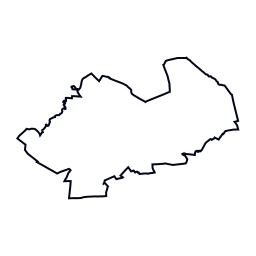 the district of Santau, Satu Mare, Romania, rotated 2°
{"feature_id": "2599482B85959767419228", "entity_name": "Santau", "entity_type": "district", "adm_level": 2, "iso_a3": "ROU", "parent_name": "Romania", "parent_adm1": "Satu Mare", "projection": "robinson", "projection_center": [22.467, 47.514], "detail": "fine", "context": "isolated", "style": "outline", "palette": "ink", "viewbox_px": 256, "rotation_deg": 2, "n_neighbors": 0, "source": "geoboundaries", "source_scale": "gbopen_adm2", "svg_char_len": 5493}
<svg xmlns="http://www.w3.org/2000/svg" viewBox="0 0 256 256"><g transform="rotate(2 128 128)"><path d="M77.4,199.9L77.5,200.0L81.3,199.8L83.9,199.5L84.9,199.0L86.7,198.6L90.1,198.1L96.5,197.6L96.9,197.5L100.9,197.5L101.8,197.3L103.9,197.3L108.6,196.8L108.4,193.1L109.0,190.7L109.8,187.5L110.0,187.1L106.8,183.7L105.6,184.5L105.6,184.4L105.9,184.2L106.0,184.0L106.6,181.2L116.0,176.7L118.1,179.5L124.1,177.9L124.6,177.5L122.2,175.8L124.9,172.5L129.6,167.2L131.0,169.1L131.6,169.8L132.4,171.1L132.7,171.3L132.9,171.2L134.1,170.7L135.0,170.3L135.3,170.5L135.6,170.8L136.3,171.8L136.7,172.2L137.3,171.7L138.5,171.3L138.8,171.3L139.0,171.5L139.3,172.2L139.6,172.3L139.9,172.2L140.3,172.1L141.1,173.6L142.3,173.4L144.3,173.1L147.2,172.8L148.6,172.8L149.1,173.0L149.6,173.0L150.5,172.7L151.0,172.5L152.1,172.4L156.2,171.6L155.9,170.7L155.3,169.8L154.8,169.0L154.5,168.4L154.4,168.2L154.1,167.5L154.0,166.8L153.8,165.8L153.8,165.3L153.8,164.3L153.7,163.5L155.2,163.4L158.1,163.2L165.4,162.4L165.6,162.3L166.1,162.1L174.3,163.4L174.5,163.3L185.3,161.7L187.0,161.3L187.3,160.8L187.7,159.8L187.9,159.1L188.2,158.0L188.3,157.3L188.0,156.5L186.4,154.3L186.0,153.8L186.0,153.6L184.5,153.1L183.3,152.4L183.2,152.1L183.6,151.9L184.3,151.5L185.3,151.4L185.7,151.5L186.0,151.6L186.0,151.9L189.5,152.1L195.7,152.6L195.7,152.3L195.9,150.9L195.9,150.2L196.0,149.8L196.2,149.3L196.6,148.8L197.0,148.7L197.3,148.7L197.4,148.9L197.6,148.9L197.8,148.8L198.0,148.4L198.5,148.4L198.6,148.7L198.5,149.1L198.5,149.3L198.8,149.3L198.8,148.9L199.0,148.8L199.4,148.7L199.7,148.7L199.9,148.9L200.0,148.9L200.0,148.4L200.4,148.2L201.0,148.2L201.3,148.3L201.5,148.5L202.6,147.2L205.2,142.0L205.7,140.9L206.3,140.0L206.5,139.8L210.3,136.5L210.7,136.3L211.1,136.2L211.3,136.2L211.6,136.4L212.1,136.9L214.2,135.6L214.7,134.9L214.9,134.5L219.0,136.4L219.8,135.0L222.9,130.4L223.5,130.7L225.4,127.7L229.4,126.7L231.4,126.4L231.5,126.3L233.0,126.0L235.1,125.8L238.2,125.7L236.9,121.4L234.3,118.1L237.8,117.1L232.7,99.3L231.8,95.7L230.7,91.1L230.1,90.9L229.8,90.7L223.1,82.2L222.0,82.1L221.0,81.9L220.0,81.6L217.8,81.6L217.5,81.5L216.4,80.4L216.3,80.0L216.3,79.2L216.2,79.0L216.0,78.9L215.6,78.7L215.2,78.5L213.6,76.4L213.4,76.2L211.4,75.2L210.3,74.8L210.0,74.6L209.8,74.4L209.5,73.8L208.9,73.5L208.5,73.4L207.8,73.7L207.2,73.7L206.7,73.5L206.3,72.7L205.9,72.2L205.3,71.8L204.5,71.8L204.2,71.7L203.6,71.4L201.4,69.5L200.3,68.8L197.5,66.5L195.7,65.1L194.2,64.0L193.6,63.6L192.2,62.3L190.2,60.8L188.1,58.8L187.7,58.4L185.3,57.0L184.8,56.6L184.0,55.7L183.3,56.0L175.1,56.3L174.8,56.4L166.4,58.6L165.1,59.0L163.4,59.7L161.4,64.1L161.2,64.1L165.7,74.7L166.9,79.1L167.8,81.9L168.4,88.4L168.5,90.4L166.8,91.1L161.7,93.5L156.9,95.6L146.8,100.1L144.9,101.0L144.6,101.4L141.8,99.9L139.9,99.0L132.7,95.1L131.9,94.5L131.0,94.0L130.5,93.3L130.2,92.7L130.0,92.0L129.9,90.7L129.9,90.1L129.9,89.9L129.8,89.7L128.4,88.5L126.8,87.2L125.1,85.6L121.1,83.7L113.2,81.0L107.5,78.9L107.5,78.4L107.6,78.2L106.3,77.7L105.3,77.6L101.4,76.9L100.6,76.8L97.5,82.2L93.9,79.0L89.5,74.8L86.8,76.5L84.8,77.9L83.1,79.2L82.8,79.1L81.4,80.2L81.0,80.7L80.6,81.4L80.1,82.8L79.8,84.8L79.8,85.4L79.0,89.1L78.8,89.5L78.4,90.1L77.6,91.2L76.4,90.8L75.0,90.6L74.3,90.1L74.1,89.9L73.6,89.0L73.2,88.4L73.5,88.3L73.3,88.3L72.3,88.0L71.9,88.0L71.5,88.3L70.7,88.4L70.5,88.5L70.8,88.8L70.8,89.0L70.3,89.5L70.8,90.0L71.1,90.7L71.2,91.2L76.6,91.5L76.8,91.6L76.4,92.3L76.2,93.5L77.5,95.5L78.5,97.0L79.6,98.3L73.9,98.1L71.0,98.1L71.0,98.3L70.9,100.3L66.5,100.0L65.1,100.0L64.8,100.1L64.7,100.3L64.7,100.5L65.0,101.5L65.2,102.9L65.1,103.2L64.3,103.2L63.9,103.0L63.5,102.9L63.3,103.0L63.0,103.1L62.7,103.4L62.5,103.8L62.4,104.1L62.5,104.3L62.5,104.5L63.9,104.7L64.2,104.9L64.3,105.1L64.4,105.5L64.3,105.8L64.0,106.1L63.8,106.2L63.2,106.4L63.1,106.5L62.9,106.9L62.9,107.2L62.9,107.3L63.1,107.6L63.9,108.4L64.2,108.9L64.6,109.4L64.7,109.7L64.9,110.2L64.9,111.1L64.4,111.3L64.3,111.2L63.4,110.6L63.1,110.5L62.9,110.6L62.7,110.7L62.0,111.3L61.6,111.8L61.4,112.2L61.4,112.5L61.5,112.9L61.7,113.2L61.8,113.6L61.7,114.2L61.2,115.3L61.0,115.6L60.7,115.8L59.7,116.2L59.5,116.4L59.5,116.7L59.3,117.0L58.9,117.3L58.4,117.6L56.6,117.6L55.9,117.8L54.8,118.4L54.7,118.7L54.7,119.6L53.8,119.7L53.2,120.1L52.2,120.4L52.1,120.5L51.8,120.8L51.2,121.1L50.1,121.6L49.7,121.8L49.5,122.4L49.3,123.6L49.4,123.9L49.8,124.4L49.8,124.5L49.7,125.0L49.5,125.5L48.9,127.2L48.7,127.8L48.5,128.2L48.3,128.5L47.9,128.7L47.3,128.7L47.0,128.5L46.5,127.5L46.4,127.4L46.2,127.4L46.0,127.5L45.9,127.6L45.7,128.8L45.6,129.1L45.3,130.2L44.5,131.0L44.2,131.6L43.9,131.9L43.6,132.2L42.7,132.9L42.3,133.2L42.3,133.3L42.4,133.8L43.0,135.2L42.4,135.4L42.1,135.6L41.1,137.4L40.4,138.5L40.3,138.2L40.1,137.5L40.1,137.2L39.3,136.2L38.0,134.6L37.2,134.0L35.4,132.5L35.0,132.3L33.9,132.1L32.0,132.1L31.4,132.1L29.8,132.7L29.3,132.8L29.0,132.8L26.6,132.4L26.3,132.9L24.8,134.6L23.4,136.0L22.9,136.4L21.5,137.9L20.5,138.6L20.2,139.0L19.8,139.4L19.1,140.1L19.0,140.5L17.8,142.3L26.1,148.2L26.0,148.5L26.1,149.1L26.0,150.7L25.9,152.1L25.8,152.7L25.8,153.5L26.5,154.4L26.6,154.6L27.2,155.2L27.5,155.7L28.7,157.2L28.8,157.2L29.0,157.5L33.0,160.3L38.8,164.6L38.1,165.2L56.4,174.7L58.5,175.8L58.8,176.0L60.3,175.2L60.7,174.9L61.5,174.5L63.0,173.8L65.2,173.0L66.8,172.3L70.6,170.9L71.5,171.6L72.1,172.2L71.0,173.8L70.0,175.0L69.9,175.3L69.7,175.5L69.6,176.3L69.4,176.7L68.8,178.2L68.5,179.1L68.1,180.1L68.0,180.3L66.8,182.1L66.3,183.4L70.4,183.1L72.6,183.1L72.4,188.0L71.5,200.3L77.4,199.9Z" fill="none" stroke="#020617" stroke-width="2"/></g></svg>